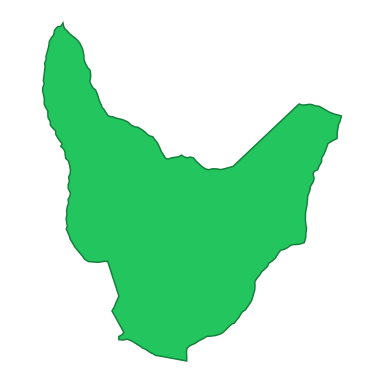 outline of Tapejara, Paraná, Brazil
{"feature_id": "56859067B72466518477153", "entity_name": "Tapejara", "entity_type": "district", "adm_level": 2, "iso_a3": "BRA", "parent_name": "Brazil", "parent_adm1": "Paraná", "projection": "natural_earth1", "projection_center": [-52.903, -23.641], "detail": "fine", "context": "isolated", "style": "filled", "palette": "green", "viewbox_px": 384, "rotation_deg": 0, "n_neighbors": 0, "source": "geoboundaries", "source_scale": "gbopen_adm2", "svg_char_len": 2915}
<svg xmlns="http://www.w3.org/2000/svg" viewBox="0 0 384 384"><path d="M341.4,116.0L337.7,114.9L334.6,114.2L329.1,112.0L322.0,107.8L318.8,106.2L315.4,105.9L312.5,104.8L309.9,104.3L302.7,105.1L299.0,104.0L258.6,142.2L238.1,161.6L233.1,166.4L224.0,168.9L220.4,169.6L216.8,168.9L212.3,168.8L209.1,169.7L205.9,169.1L202.8,167.2L200.3,165.1L196.4,161.4L193.4,157.9L190.2,157.0L187.3,157.8L184.0,156.8L181.5,155.1L178.5,156.8L171.1,157.9L168.1,159.2L165.4,158.1L161.4,151.5L159.1,146.4L157.7,143.3L154.7,139.5L152.6,136.6L150.0,136.0L147.6,134.7L145.7,132.6L143.0,130.4L137.9,127.2L135.4,127.0L131.4,125.3L128.1,122.2L125.0,120.6L121.6,119.4L116.0,118.1L113.2,116.9L110.1,116.5L107.8,115.5L104.1,109.6L102.2,107.5L100.8,104.0L99.5,101.1L97.4,94.4L95.7,90.2L92.9,87.7L91.1,84.8L89.8,81.3L90.5,78.4L90.7,74.5L90.1,70.4L87.5,67.4L85.5,63.7L84.0,59.7L83.9,55.2L82.5,48.7L80.0,43.5L77.7,40.5L74.9,37.9L71.8,35.5L69.7,33.9L67.5,31.3L64.9,28.8L63.6,26.2L63.0,23.0L60.9,26.3L57.6,26.7L54.6,30.1L53.7,34.8L51.5,37.6L49.4,41.2L48.7,46.4L47.4,51.3L46.0,56.3L46.1,59.5L44.6,63.3L45.1,66.7L44.6,70.2L44.1,75.0L43.3,80.6L44.2,83.7L42.8,87.5L42.6,91.2L43.4,94.1L44.3,98.7L44.2,104.3L45.9,107.8L47.8,111.0L47.9,114.7L48.1,117.9L50.2,121.4L50.4,125.2L52.7,128.0L55.5,130.7L55.9,134.6L57.6,137.6L59.6,140.6L62.3,143.9L60.7,146.4L63.1,148.3L64.9,151.5L65.2,154.9L65.8,158.6L68.4,160.8L69.5,164.8L70.4,169.9L70.1,173.9L68.6,177.1L69.4,181.3L68.2,184.6L68.2,188.4L70.5,193.3L69.7,196.5L68.1,199.4L68.5,203.2L67.3,206.8L66.6,211.0L66.9,215.2L66.1,218.4L66.6,222.5L67.4,226.1L66.3,229.0L68.0,232.8L69.3,236.0L70.3,239.4L72.2,242.4L75.2,247.5L78.8,251.7L82.5,256.2L84.7,259.2L88.4,261.6L92.8,261.9L96.8,262.3L100.4,262.1L104.2,261.3L107.7,261.4L118.9,296.1L115.7,303.3L114.5,306.6L112.0,310.9L123.8,332.3L121.7,335.0L118.8,336.5L118.8,339.7L123.1,340.0L127.4,339.2L131.9,341.1L135.5,343.3L139.9,346.1L142.3,347.9L145.3,349.1L150.3,352.5L153.0,353.8L155.5,355.3L186.7,361.0L186.7,356.7L186.5,351.7L187.0,348.1L190.4,345.4L193.5,344.1L195.9,342.8L198.7,340.9L201.9,339.3L207.1,336.3L211.3,336.1L215.7,335.5L220.7,333.9L223.5,332.0L226.3,329.4L228.8,326.7L231.9,324.0L234.3,323.2L236.4,320.3L239.1,317.1L240.4,314.7L241.9,312.3L245.4,309.8L248.2,305.9L251.3,301.2L252.8,296.9L253.7,293.4L254.7,290.3L255.0,285.9L254.9,281.5L256.8,278.5L259.7,274.9L261.8,271.7L264.5,269.3L267.7,266.1L268.6,263.3L271.4,261.6L275.3,258.2L278.2,253.4L280.6,250.2L284.2,249.4L287.3,247.8L290.5,245.3L293.3,244.6L297.9,244.4L301.2,243.7L304.2,242.7L305.7,237.9L306.0,232.0L306.6,228.6L305.8,224.6L305.4,220.3L305.5,212.9L306.9,205.3L307.4,200.6L307.7,196.4L308.7,193.4L310.1,189.6L310.3,186.6L313.4,181.6L314.1,178.0L313.0,173.5L314.6,171.2L317.7,169.7L319.2,165.9L321.6,161.8L321.7,157.9L323.7,154.7L325.6,150.3L328.1,143.4L333.0,140.5L337.1,138.4L337.2,132.6L337.9,128.5L338.6,124.3L340.1,121.2L341.4,116.0Z" fill="#22c55e" stroke="#15803d" stroke-width="1.5"/></svg>